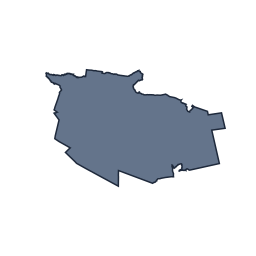 La Cruz, Chihuahua, Mexico (Albers equal-area conic projection), rotated 206°
{"feature_id": "50627088B14932470862023", "entity_name": "La Cruz", "entity_type": "district", "adm_level": 2, "iso_a3": "MEX", "parent_name": "Mexico", "parent_adm1": "Chihuahua", "projection": "albers", "projection_center": [-104.981, 27.9], "detail": "fine", "context": "isolated", "style": "filled", "palette": "slate", "viewbox_px": 256, "rotation_deg": 206, "n_neighbors": 0, "source": "geoboundaries", "source_scale": "gbopen_adm2", "svg_char_len": 5840}
<svg xmlns="http://www.w3.org/2000/svg" viewBox="0 0 256 256"><g transform="rotate(206 128 128)"><path d="M190.0,89.3L189.1,86.3L184.1,85.6L171.2,84.8L172.0,82.9L173.5,78.6L160.8,74.5L158.8,73.7L148.4,73.1L111.2,71.5L115.2,80.0L115.9,81.2L117.9,85.6L81.6,89.1L80.8,90.6L80.2,90.8L80.1,91.1L79.9,91.2L79.8,91.7L79.6,91.9L79.4,92.9L79.0,93.2L79.1,93.4L79.4,93.6L78.9,95.3L78.7,95.6L77.1,96.4L76.1,97.4L72.9,99.8L67.7,103.2L65.7,104.1L66.6,105.6L67.0,106.8L69.1,108.8L70.3,111.4L70.8,112.0L71.2,112.3L71.5,113.0L71.8,113.1L71.8,113.4L72.1,114.0L71.7,114.0L71.6,113.8L71.3,113.5L70.8,113.4L70.5,113.2L70.2,112.8L70.3,112.4L70.1,112.2L68.9,112.1L68.8,112.4L68.8,112.6L68.4,112.9L68.5,113.4L68.4,113.6L68.1,113.9L68.1,114.1L67.8,114.3L67.9,114.5L67.6,114.8L67.6,115.2L67.5,115.3L67.3,115.9L67.1,116.2L67.1,116.6L67.0,117.0L66.7,116.9L66.4,117.5L66.1,117.9L65.6,118.2L65.1,118.8L64.4,119.2L64.1,119.2L63.6,118.4L63.3,118.4L63.3,118.1L63.2,118.1L62.4,116.8L62.2,116.6L62.2,116.4L62.3,116.2L62.1,115.6L61.6,114.7L61.6,114.4L62.0,114.2L63.1,112.8L62.6,112.4L62.8,112.1L63.8,111.7L63.1,111.7L62.5,112.4L62.1,113.1L61.7,113.2L61.0,113.8L60.7,114.0L60.5,113.9L60.1,114.2L59.7,114.2L59.1,114.6L58.9,114.5L58.2,115.3L57.4,115.2L57.6,115.6L57.5,115.9L57.7,116.2L57.5,116.6L57.4,116.6L57.2,117.0L56.7,117.3L56.3,117.2L55.5,117.2L55.1,117.0L54.2,117.1L30.3,136.1L51.8,162.8L40.6,170.3L50.6,182.6L61.7,175.0L63.9,177.8L76.8,176.2L77.0,176.1L80.0,176.6L80.1,175.7L80.1,175.4L78.4,175.0L78.5,174.0L78.7,173.5L78.7,173.1L79.0,172.7L79.1,171.9L79.3,171.7L79.6,171.3L79.8,170.4L79.9,169.8L79.7,169.4L81.5,169.2L83.2,170.3L83.5,170.4L84.0,172.2L84.3,172.8L84.5,172.9L85.3,172.9L86.5,174.3L86.4,174.4L87.6,174.5L87.4,174.7L89.3,174.6L89.3,174.3L89.8,174.2L90.1,174.4L91.3,174.3L92.4,175.4L92.5,176.0L92.4,176.6L92.9,176.1L94.7,175.8L97.9,175.9L99.6,175.7L104.1,174.5L106.0,174.6L106.8,174.9L108.4,174.8L108.9,175.0L113.1,171.7L116.4,170.3L118.0,169.2L119.8,168.9L123.2,167.4L124.2,166.8L125.2,166.5L126.5,165.6L127.8,165.0L128.4,164.8L129.0,165.0L130.1,164.7L130.4,164.5L131.2,164.8L131.9,164.6L132.9,164.6L133.1,164.7L133.2,165.2L133.5,165.4L133.8,165.2L133.9,164.9L133.8,164.2L134.2,163.7L134.7,163.6L136.5,163.6L137.9,164.5L138.0,164.8L138.4,165.1L138.9,165.4L139.1,165.2L139.4,165.3L140.6,166.2L140.7,166.6L141.4,167.1L141.8,167.9L141.6,168.1L141.9,169.1L141.7,169.4L141.8,169.5L141.3,169.8L141.3,170.4L141.0,170.8L140.8,171.3L140.7,172.0L140.5,172.3L140.5,172.6L140.4,172.8L140.4,173.2L140.1,173.4L140.0,173.7L139.8,174.7L139.4,175.0L139.5,175.5L139.0,175.7L138.3,175.6L138.2,175.9L137.6,176.5L137.4,177.0L136.4,177.3L136.3,178.2L136.7,178.3L137.1,179.4L137.6,179.7L137.6,180.7L138.0,181.1L137.8,181.4L138.4,182.3L138.3,182.6L138.5,182.6L138.5,182.9L141.0,183.2L141.6,183.9L141.7,184.1L142.0,183.9L142.8,183.9L143.0,184.0L143.4,184.5L143.5,184.2L144.6,183.5L144.7,182.5L145.8,181.7L146.5,180.5L146.5,180.3L147.0,180.1L147.3,179.5L147.5,179.3L147.6,178.9L148.1,177.9L148.1,177.5L148.4,177.2L149.1,176.8L149.7,175.5L150.0,175.3L149.9,175.1L151.1,174.2L151.6,174.0L151.9,174.0L152.6,173.7L155.8,172.7L156.8,172.3L157.1,172.3L158.3,171.8L158.7,171.8L159.2,171.5L159.6,171.5L160.1,171.3L160.7,171.2L161.3,171.4L161.7,171.3L162.5,171.3L163.0,170.8L163.1,170.6L163.8,170.6L163.9,170.3L164.2,170.2L164.5,169.9L164.8,170.0L165.4,170.0L167.2,169.4L168.4,169.6L168.7,169.3L169.0,169.2L169.4,169.4L169.6,169.4L170.1,169.0L170.5,169.0L171.8,168.3L172.1,167.7L172.3,167.5L172.3,167.2L172.6,166.9L173.3,166.5L175.2,166.0L175.5,166.0L175.5,167.2L175.8,167.3L176.3,167.2L180.8,165.6L181.6,165.5L182.6,165.2L183.8,164.5L184.9,164.3L186.4,163.9L188.1,163.1L190.8,162.2L188.7,155.7L189.0,155.6L189.3,155.2L189.7,155.2L190.0,155.4L190.2,155.2L190.4,155.3L190.6,155.2L190.8,155.1L191.0,154.5L191.4,154.2L191.9,153.3L192.4,153.1L193.0,152.7L193.7,152.4L194.0,152.1L194.6,151.7L195.3,151.9L195.4,151.7L195.3,151.3L195.6,151.3L195.7,151.1L196.0,151.0L196.2,151.4L196.3,151.5L196.7,151.2L197.1,151.4L197.5,151.2L197.9,151.2L198.0,151.3L197.8,151.5L198.0,151.6L198.5,151.6L198.6,151.4L199.2,151.6L200.0,151.2L200.2,151.3L200.4,151.9L200.9,151.8L200.8,152.3L201.3,152.1L201.3,151.8L201.9,151.8L201.9,151.6L202.1,151.5L202.7,151.7L203.0,151.7L203.3,151.1L204.2,151.5L204.3,151.2L204.5,151.1L205.3,150.8L205.8,150.9L205.9,150.6L206.0,150.4L206.2,150.5L206.4,150.3L206.6,150.4L206.8,150.3L206.9,149.9L207.1,149.5L207.0,149.3L207.4,149.2L207.7,148.8L208.2,148.9L208.4,148.7L208.7,148.3L208.2,148.0L209.1,147.4L209.1,147.0L209.9,147.1L210.5,147.0L210.8,146.7L210.7,146.4L211.1,146.1L211.4,146.1L211.5,146.2L211.1,145.8L211.7,145.4L212.7,145.2L213.1,144.9L213.5,145.0L213.9,144.7L215.0,144.6L215.3,144.4L215.4,144.0L215.9,143.8L216.0,143.6L216.3,143.7L216.7,143.5L216.9,143.7L217.1,143.7L217.3,143.5L217.5,143.6L217.9,143.4L218.0,143.1L218.3,143.4L218.7,142.9L219.0,142.5L219.4,142.6L219.7,142.5L220.1,142.6L220.4,142.5L220.6,142.2L221.0,142.0L221.4,142.1L221.8,142.0L222.1,141.6L222.6,141.8L223.2,142.1L223.6,142.1L223.7,142.3L224.3,142.0L224.4,141.8L225.0,141.8L225.2,141.6L225.6,141.7L225.7,141.2L224.6,140.2L224.2,138.7L223.0,138.5L222.7,138.2L222.5,138.4L221.9,138.2L221.5,137.9L221.4,138.0L221.1,137.7L220.5,137.7L220.2,137.4L219.4,137.1L219.0,136.7L218.7,136.6L218.5,136.4L218.0,136.5L217.7,136.3L217.6,136.0L217.5,135.8L216.7,135.6L215.7,135.9L215.3,135.7L214.6,136.0L214.2,135.3L213.6,135.3L213.3,135.3L213.4,135.8L212.9,135.9L212.7,136.2L212.3,136.0L211.6,136.3L210.9,136.1L210.2,136.3L208.6,136.3L208.1,136.1L207.7,136.1L207.3,135.7L207.2,135.3L206.8,134.6L205.5,134.0L205.3,133.6L204.6,133.3L204.4,132.8L205.1,130.6L205.2,129.8L204.7,129.2L204.3,127.4L204.3,126.4L203.8,123.6L202.8,114.7L202.5,113.3L202.4,111.9L198.6,111.2L199.1,110.8L199.3,110.3L199.5,109.9L200.4,109.6L200.5,109.2L200.9,108.9L193.5,105.0L190.0,89.3Z" fill="#64748b" stroke="#1e293b" stroke-width="1.5"/></g></svg>